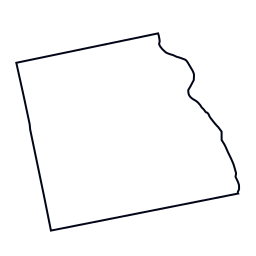 Adams, Illinois, United States of America, rotated 168°
{"feature_id": "52423323B85732268037337", "entity_name": "Adams", "entity_type": "district", "adm_level": 2, "iso_a3": "USA", "parent_name": "United States of America", "parent_adm1": "Illinois", "projection": "robinson", "projection_center": [-91.398, 39.979], "detail": "fine", "context": "isolated", "style": "outline", "palette": "ink", "viewbox_px": 256, "rotation_deg": 168, "n_neighbors": 0, "source": "geoboundaries", "source_scale": "gbopen_adm2", "svg_char_len": 943}
<svg xmlns="http://www.w3.org/2000/svg" viewBox="0 0 256 256"><g transform="rotate(168 128 128)"><path d="M224.3,78.4L224.7,43.7L33.9,41.0L34.1,41.7L33.8,42.7L32.5,44.4L32.0,45.4L31.4,48.4L31.3,49.4L31.7,52.6L32.9,57.6L32.9,58.1L31.8,60.9L31.7,61.7L32.2,69.2L32.5,71.6L33.6,76.9L35.3,83.7L36.3,88.6L37.0,91.5L38.9,96.8L37.2,105.0L39.6,110.2L40.6,111.7L42.8,115.7L45.4,121.1L46.0,122.9L46.2,124.2L46.7,125.5L47.2,126.4L48.5,127.2L48.7,127.5L50.1,130.5L51.7,132.9L52.5,135.2L54.3,138.4L55.8,140.3L56.3,140.8L58.3,142.6L59.4,143.8L60.7,145.6L61.5,147.7L61.6,149.9L61.3,152.1L61.0,152.8L58.4,155.6L53.7,161.2L52.6,165.3L52.3,167.3L52.8,170.3L56.1,180.1L57.1,182.1L58.2,183.2L63.0,186.2L65.7,187.6L68.4,189.7L72.3,191.9L74.8,193.6L75.7,194.6L78.0,197.9L79.5,200.9L80.1,203.0L80.0,204.0L79.0,206.2L78.8,208.0L78.7,211.9L78.9,214.3L223.7,215.0L223.4,180.3L223.4,152.1L224.0,146.8L224.3,78.4Z" fill="none" stroke="#020617" stroke-width="2"/></g></svg>